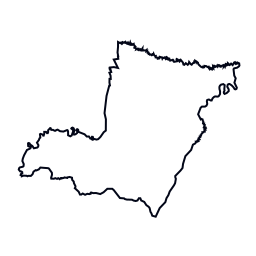 Tha Tum, Surin, Thailand (Albers equal-area conic projection), rotated 6°
{"feature_id": "78962969B22875255730199", "entity_name": "Tha Tum", "entity_type": "district", "adm_level": 2, "iso_a3": "THA", "parent_name": "Thailand", "parent_adm1": "Surin", "projection": "albers", "projection_center": [103.652, 15.311], "detail": "fine", "context": "isolated", "style": "outline", "palette": "ink", "viewbox_px": 256, "rotation_deg": 6, "n_neighbors": 0, "source": "geoboundaries", "source_scale": "gbopen_adm2", "svg_char_len": 5753}
<svg xmlns="http://www.w3.org/2000/svg" viewBox="0 0 256 256"><g transform="rotate(6 128 128)"><path d="M164.8,213.3L167.9,204.3L172.9,197.8L173.6,193.8L175.2,190.5L176.1,186.8L179.7,180.2L180.6,178.0L180.9,173.5L180.2,172.1L180.0,170.8L184.7,164.8L186.4,162.1L186.5,157.9L188.0,150.0L193.1,143.2L194.3,137.8L196.5,136.3L197.1,135.1L196.9,134.5L197.6,134.5L198.1,133.7L198.7,134.2L199.6,133.5L198.9,132.7L199.1,131.7L200.1,131.6L199.4,130.7L200.6,129.6L200.3,129.0L201.1,128.8L200.9,127.7L201.5,127.4L201.6,126.4L202.7,125.0L202.5,124.4L203.6,124.3L203.9,123.6L204.7,123.5L204.2,121.8L205.1,121.6L204.4,120.8L204.9,120.7L204.9,119.8L205.4,119.7L205.2,119.3L203.4,119.3L204.1,117.0L203.0,116.6L203.2,115.5L202.1,115.4L202.2,113.5L201.4,112.8L201.3,111.7L199.4,111.1L199.2,111.5L196.3,107.0L198.1,100.3L199.3,99.0L202.3,98.7L203.7,97.6L204.3,95.8L203.6,93.0L203.9,91.8L205.5,91.2L207.5,92.0L208.3,91.9L209.0,89.7L210.2,88.2L211.3,87.5L214.1,87.4L215.0,86.7L216.0,84.6L215.7,81.7L214.9,79.7L214.6,77.7L215.0,76.3L216.1,75.1L218.2,74.4L219.7,75.3L219.7,79.2L220.1,80.6L219.5,82.3L219.8,83.4L220.5,84.0L222.5,82.9L224.3,80.8L224.1,79.0L222.4,76.6L222.6,74.7L223.2,73.9L224.4,73.6L226.7,74.8L228.7,76.5L230.0,78.2L231.0,78.3L231.8,77.7L232.0,76.5L229.1,71.8L229.9,67.3L228.2,64.8L226.8,58.5L227.3,57.6L230.2,56.6L231.9,55.1L232.3,54.2L231.8,52.1L229.0,51.1L229.7,51.6L229.9,52.5L229.0,52.9L229.0,51.9L228.1,52.3L227.5,51.3L227.0,51.6L227.4,52.6L226.4,52.4L225.5,54.5L223.8,53.2L223.6,53.5L224.0,53.8L223.2,53.9L222.5,54.8L221.3,54.5L221.2,53.5L220.6,53.1L220.8,54.8L219.5,55.0L219.6,54.2L218.9,54.1L219.3,55.6L218.9,55.8L218.4,55.4L218.1,56.7L217.5,55.6L216.8,56.8L216.8,55.8L216.2,55.4L215.0,56.4L214.4,56.4L213.9,57.4L213.1,57.2L213.2,56.5L211.9,55.9L211.5,56.0L210.8,57.5L210.2,56.6L209.9,57.3L208.7,58.0L208.1,57.3L207.0,57.0L206.7,57.5L207.3,58.0L207.3,58.5L206.9,58.8L206.3,58.2L206.7,60.0L205.8,59.5L205.4,61.0L204.2,60.3L203.3,61.1L203.1,60.7L203.7,59.5L203.1,59.3L202.2,59.9L201.8,58.6L200.6,59.1L199.5,58.3L197.5,58.2L197.5,59.6L196.5,60.0L195.9,59.3L195.4,59.9L194.2,59.5L191.7,57.6L191.0,56.7L190.8,55.8L189.5,54.9L189.1,55.7L188.5,54.5L187.8,54.1L187.9,55.0L186.9,54.9L186.9,56.3L185.8,56.7L184.7,58.4L183.8,58.0L181.9,56.0L181.7,57.6L180.8,58.9L178.7,57.5L177.4,59.3L176.5,59.1L175.8,57.2L173.1,54.5L172.4,54.9L172.8,55.9L172.3,56.6L170.2,54.6L169.2,54.3L169.1,54.8L169.7,55.6L169.8,56.5L166.9,57.4L166.2,56.9L166.1,55.9L165.5,55.4L162.9,56.6L162.4,55.6L161.8,55.6L161.7,54.6L160.9,54.5L160.7,55.7L159.2,55.3L158.9,54.8L159.5,53.8L158.9,53.3L158.4,53.6L158.0,55.1L157.0,54.0L156.1,54.7L155.3,54.4L154.9,55.3L154.5,54.3L152.2,53.9L152.2,54.6L151.8,54.6L151.7,55.6L150.3,56.0L150.0,55.0L148.1,54.9L148.1,53.5L147.5,53.7L146.4,52.8L145.7,51.5L145.6,51.9L144.9,51.9L145.1,52.5L144.0,53.2L142.4,52.4L141.9,52.7L141.4,52.0L140.8,52.2L140.6,51.2L139.9,51.2L140.1,50.5L139.0,50.1L139.0,49.4L138.2,49.9L138.2,48.5L137.8,48.9L134.4,49.4L134.8,48.8L134.0,48.4L134.0,47.4L133.5,48.3L133.6,48.8L132.6,49.1L132.2,48.6L131.8,49.1L131.4,48.6L130.5,49.2L130.2,48.3L129.5,48.8L129.2,48.2L128.2,48.8L128.4,48.2L127.6,48.3L127.1,47.8L125.9,47.5L126.0,47.0L126.7,47.0L127.0,46.4L125.2,44.8L124.9,43.8L123.6,44.9L122.2,45.0L122.5,44.4L123.3,44.4L123.4,44.1L122.4,43.6L121.6,43.9L121.2,42.8L120.9,43.9L120.0,44.6L119.1,44.4L119.4,43.5L119.0,42.9L118.1,44.1L116.6,42.7L116.3,43.5L115.5,43.1L115.1,43.6L113.6,43.1L113.1,44.0L113.6,44.4L113.3,44.8L112.9,44.2L112.6,44.5L112.0,43.8L111.3,44.4L109.1,43.5L109.6,48.3L109.7,54.0L110.8,57.8L110.5,57.9L111.1,60.2L106.7,61.4L111.7,69.3L107.6,68.9L103.4,69.8L103.3,70.2L103.8,71.7L104.4,71.5L105.5,74.1L103.7,74.9L105.2,77.8L105.7,81.0L104.5,81.1L104.8,84.8L105.6,87.6L104.9,87.9L103.3,98.3L103.1,115.7L105.1,121.6L106.2,132.9L104.3,134.7L101.5,139.8L99.5,142.2L97.9,142.8L95.5,142.4L94.2,143.4L93.6,143.2L94.2,141.1L93.9,140.5L93.1,140.5L92.7,142.2L91.7,142.5L90.0,140.5L87.9,140.8L85.5,138.8L79.4,137.1L79.0,136.7L78.6,135.0L77.9,134.5L77.2,134.7L76.9,135.4L78.1,137.1L77.9,138.3L76.5,139.7L75.1,140.2L74.4,139.0L75.0,136.1L74.0,134.0L72.9,133.4L72.0,133.8L71.7,134.5L73.5,135.7L73.8,136.9L72.8,141.3L71.5,142.3L69.2,141.5L68.8,137.9L68.3,136.7L67.7,136.4L64.1,138.3L60.8,138.3L58.2,137.0L56.9,137.5L56.2,138.3L55.3,138.4L53.6,137.7L51.9,137.9L51.1,136.3L50.6,136.2L48.8,138.6L49.0,140.6L48.7,141.5L48.0,141.6L46.9,140.4L45.1,140.6L45.3,142.5L44.9,144.4L44.4,144.4L44.1,143.6L43.3,143.3L41.6,143.0L41.1,143.4L41.8,146.7L41.0,147.6L40.7,149.1L39.0,152.1L40.7,154.4L40.6,155.9L39.9,156.9L36.5,158.0L34.8,155.9L32.5,154.7L31.6,153.5L30.8,153.3L30.2,153.7L30.6,156.4L31.6,156.8L33.1,156.2L33.4,156.7L33.3,157.9L32.6,158.8L29.8,160.4L27.5,166.0L26.6,169.4L26.4,171.9L28.1,174.8L28.1,176.8L27.5,177.5L24.6,178.5L23.9,179.4L23.7,180.8L25.4,182.5L26.6,182.4L27.4,182.9L27.6,184.2L26.3,185.0L26.1,186.1L27.6,186.6L27.6,187.0L29.0,186.3L32.1,186.1L33.0,186.5L33.8,186.0L36.4,185.8L37.9,184.0L38.6,181.3L40.5,179.6L41.3,179.8L43.6,178.5L45.0,176.5L52.8,176.3L53.6,176.6L57.0,180.5L57.3,182.5L56.7,185.6L57.0,186.4L59.6,186.2L60.9,185.5L62.8,186.0L63.8,185.2L65.3,186.0L65.6,185.5L66.4,185.4L66.5,184.8L67.5,184.6L67.8,184.9L69.5,184.3L69.9,183.8L72.7,184.0L72.8,183.5L75.1,182.8L77.5,183.3L77.9,185.4L79.6,186.9L80.0,188.5L81.8,191.3L81.9,192.2L81.4,193.4L85.6,196.5L87.2,199.2L88.4,199.1L89.8,197.9L92.3,198.9L94.4,197.7L96.4,197.8L97.7,197.3L97.6,196.4L98.0,196.0L100.2,196.4L103.0,196.0L107.3,196.6L110.4,194.5L113.8,190.6L118.7,190.1L120.3,191.2L127.3,198.5L131.5,198.4L132.3,199.0L134.3,199.3L139.5,198.9L141.2,199.6L143.3,199.8L145.0,199.1L146.2,196.7L147.6,196.6L148.7,198.7L151.9,199.8L154.3,202.8L156.8,204.2L157.9,205.4L159.1,209.0L160.2,210.4L161.3,212.7L164.8,213.3Z" fill="none" stroke="#020617" stroke-width="2"/></g></svg>